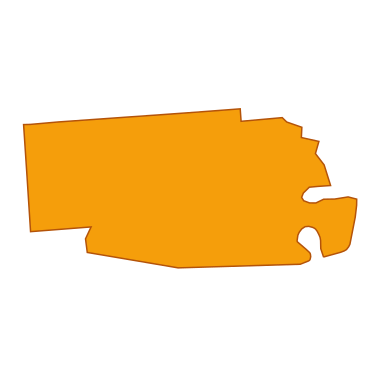 the district of Jefferson, Mississippi, United States of America, rotated 176°
{"feature_id": "52423323B23830846230255", "entity_name": "Jefferson", "entity_type": "district", "adm_level": 2, "iso_a3": "USA", "parent_name": "United States of America", "parent_adm1": "Mississippi", "projection": "mercator", "projection_center": [-91.21, 31.74], "detail": "fine", "context": "isolated", "style": "filled", "palette": "amber", "viewbox_px": 384, "rotation_deg": 176, "n_neighbors": 0, "source": "geoboundaries", "source_scale": "gbopen_adm2", "svg_char_len": 933}
<svg xmlns="http://www.w3.org/2000/svg" viewBox="0 0 384 384"><g transform="rotate(176 192 192)"><path d="M53.3,188.8L58.3,209.8L66.2,221.7L61.9,233.6L79.1,238.7L77.9,248.9L92.6,255.2L96.8,259.9L138.1,259.1L138.1,271.6L151.9,271.5L192.8,271.3L320.8,271.2L348.6,270.7L355.3,271.0L355.5,217.5L355.8,163.7L295.1,164.2L301.5,152.7L300.7,139.0L259.4,129.0L211.2,117.3L89.0,112.4L80.5,115.1L79.4,115.8L78.8,116.8L78.1,119.2L78.2,121.4L78.5,122.7L79.3,123.8L82.2,126.9L90.3,134.9L90.6,135.9L89.4,141.5L87.9,144.3L85.1,147.5L81.7,149.5L78.0,149.6L74.1,148.3L72.2,147.2L71.2,146.2L69.8,144.0L68.3,140.4L67.4,137.7L67.1,134.6L67.5,126.5L65.4,118.3L64.7,118.1L47.9,121.5L44.3,122.6L41.9,123.8L39.5,126.5L38.1,128.9L30.9,155.6L28.7,167.3L28.2,173.4L36.6,176.2L50.3,175.0L53.6,175.2L61.2,175.6L69.2,172.4L75.5,172.9L81.2,175.5L83.0,179.0L81.0,183.2L74.7,188.6L66.2,188.8L53.3,188.8Z" fill="#f59e0b" stroke="#b45309" stroke-width="1.5"/></g></svg>